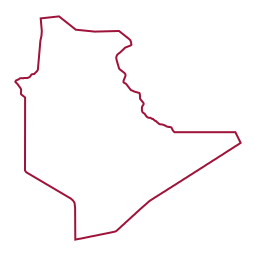 map outline of Tamanghasset (Mercator projection)
{"feature_id": "DZA-2189", "entity_name": "Tamanghasset", "entity_type": "Province", "adm_level": 1, "iso_a3": "DZA", "parent_name": "Algeria", "parent_adm1": "", "projection": "mercator", "projection_center": [6.568, 24.092], "detail": "fine", "context": "isolated", "style": "outline", "palette": "rose", "viewbox_px": 256, "rotation_deg": 0, "n_neighbors": 0, "source": "natural_earth", "source_scale": "10m", "svg_char_len": 3567}
<svg xmlns="http://www.w3.org/2000/svg" viewBox="0 0 256 256"><path d="M240.6,142.9L239.3,143.8L237.9,144.7L236.5,145.6L235.1,146.4L233.8,147.3L232.4,148.2L231.0,149.1L229.6,150.0L228.3,150.8L226.9,151.7L225.5,152.6L224.1,153.5L222.8,154.4L221.4,155.3L220.0,156.1L218.6,157.0L217.3,157.9L215.9,158.8L214.5,159.7L213.1,160.5L211.7,161.4L210.4,162.3L209.0,163.2L207.6,164.0L206.2,164.9L204.9,165.8L203.5,166.7L202.1,167.6L200.7,168.4L199.4,169.3L198.0,170.2L196.6,171.1L195.2,171.9L193.9,172.8L192.5,173.7L191.1,174.6L189.7,175.4L188.4,176.3L187.0,177.2L185.6,178.1L184.2,178.9L182.9,179.8L181.5,180.7L180.1,181.6L178.7,182.4L177.4,183.3L176.0,184.2L174.6,185.1L173.2,185.9L171.9,186.8L170.5,187.7L169.1,188.5L167.7,189.4L166.4,190.3L165.0,191.2L163.6,192.0L162.2,192.9L160.8,193.8L159.5,194.6L158.1,195.5L156.7,196.4L155.3,197.2L154.0,198.1L152.6,199.0L149.9,200.7L147.9,202.4L146.5,203.7L145.1,204.9L143.6,206.2L142.2,207.4L140.6,208.8L139.8,209.5L138.7,210.6L137.4,211.7L136.1,212.9L134.9,214.1L133.6,215.2L132.3,216.4L131.0,217.6L129.8,218.7L128.5,219.9L127.2,221.1L125.9,222.2L124.7,223.4L123.4,224.6L122.1,225.7L120.8,226.9L119.6,228.1L118.3,229.2L116.7,230.7L115.8,231.3L114.9,231.6L112.3,232.2L110.3,232.6L105.9,233.5L101.4,234.4L99.4,234.8L95.6,235.6L91.8,236.3L88.0,237.1L84.2,237.9L80.7,238.6L77.2,239.2L75.3,239.6L75.1,207.6L74.5,202.7L73.0,200.5L70.9,198.6L26.3,172.3L25.3,171.0L25.0,170.3L25.1,97.9L25.1,97.6L24.9,97.4L24.7,97.1L21.3,94.5L21.0,94.0L20.9,93.4L21.1,91.2L21.1,89.9L21.0,89.4L20.9,89.0L20.7,88.6L20.5,88.2L17.3,83.8L15.6,82.2L15.4,81.9L15.4,81.6L15.6,81.1L16.0,80.6L16.1,80.4L17.1,80.0L18.5,79.4L19.9,78.4L20.1,78.3L20.3,78.3L21.7,78.1L22.8,78.3L23.2,78.3L23.9,78.0L24.1,78.0L26.9,78.0L27.1,78.0L28.7,77.5L29.3,77.2L29.6,77.0L30.2,76.4L31.4,74.6L31.6,74.5L31.7,74.4L32.0,74.3L34.1,74.0L34.2,73.9L34.3,73.9L35.6,72.5L36.2,72.0L37.1,71.0L37.5,70.5L37.7,69.9L37.9,69.4L40.4,40.6L41.5,35.6L41.8,31.0L40.7,18.4L59.0,16.4L75.8,29.7L94.7,31.6L119.0,31.0L129.1,39.0L130.3,40.2L131.0,42.0L131.4,44.8L130.6,45.5L125.2,47.6L120.2,52.4L118.7,53.5L117.4,54.6L116.7,55.8L116.2,57.7L116.7,60.4L119.0,68.2L119.0,68.3L119.1,68.5L119.3,68.8L120.2,69.7L124.1,72.7L124.9,73.5L125.3,74.1L125.5,74.8L125.5,75.2L125.5,75.5L125.4,76.1L123.8,80.1L123.6,80.6L123.5,81.1L123.5,81.8L123.5,82.2L123.6,82.4L123.7,82.5L123.8,82.6L126.0,83.8L130.5,89.6L130.7,89.9L130.8,90.0L131.0,90.1L133.2,91.0L133.7,91.3L134.4,91.6L139.4,93.0L139.6,93.6L139.9,94.6L140.1,98.8L142.4,101.7L143.0,102.3L143.3,102.7L143.5,103.1L143.6,103.4L143.6,103.6L143.6,103.9L143.6,104.1L143.6,104.3L143.5,104.5L143.4,104.7L142.5,106.0L142.4,106.1L142.0,107.2L142.0,107.3L141.9,107.6L141.9,110.0L142.3,111.7L142.5,112.0L142.7,112.4L143.1,112.7L144.4,113.6L144.7,113.9L145.0,114.2L145.6,115.3L146.2,116.0L146.4,116.4L146.5,116.5L147.0,116.9L147.4,117.2L147.5,117.3L148.5,117.7L149.3,117.8L150.1,117.8L150.3,117.8L150.5,117.8L150.7,118.0L151.1,118.3L151.3,118.4L151.5,118.5L151.8,118.6L152.1,118.8L152.3,119.0L152.7,118.9L152.8,119.0L153.3,119.2L153.4,119.3L154.0,119.9L154.2,120.1L154.4,120.3L155.3,120.9L155.8,121.1L156.0,121.1L157.2,122.4L157.5,122.6L157.9,122.8L158.1,123.0L158.5,123.4L158.7,123.6L159.4,124.0L159.5,124.1L160.8,124.4L161.8,124.4L162.4,124.5L163.9,125.0L164.6,125.4L165.0,125.6L165.5,125.6L166.3,126.3L166.5,126.4L168.3,126.9L170.0,127.1L170.5,127.1L170.9,127.2L171.1,127.3L171.5,127.7L171.7,128.1L172.6,130.0L173.1,130.7L173.6,131.4L174.2,131.9L174.4,132.1L174.5,132.2L174.8,132.2L235.4,132.2L237.7,136.9L239.1,139.7L240.6,142.9Z" fill="none" stroke="#9f1239" stroke-width="2"/></svg>